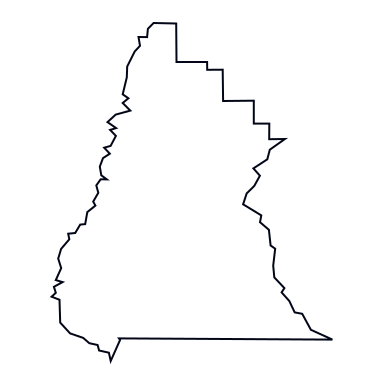 outline of Liberty, Florida, United States of America
{"feature_id": "52423323B55850003369586", "entity_name": "Liberty", "entity_type": "district", "adm_level": 2, "iso_a3": "USA", "parent_name": "United States of America", "parent_adm1": "Florida", "projection": "orthographic", "projection_center": [-84.918, 30.289], "detail": "fine", "context": "isolated", "style": "outline", "palette": "ink", "viewbox_px": 384, "rotation_deg": 0, "n_neighbors": 0, "source": "geoboundaries", "source_scale": "gbopen_adm2", "svg_char_len": 1130}
<svg xmlns="http://www.w3.org/2000/svg" viewBox="0 0 384 384"><path d="M284.9,139.0L269.2,139.2L269.3,123.6L253.8,123.6L253.8,100.7L223.1,101.0L222.7,69.7L207.2,69.8L207.1,62.0L176.5,62.0L176.2,23.5L153.6,23.0L147.9,28.8L147.1,37.1L138.5,37.0L140.0,45.8L134.7,51.5L127.2,66.5L126.8,77.4L122.7,94.3L128.4,98.3L122.7,103.0L130.3,110.6L115.7,114.6L107.5,122.1L116.1,128.1L110.1,129.9L115.9,135.9L110.6,145.9L104.2,147.7L109.8,153.7L103.0,158.1L99.8,166.6L101.3,175.3L106.8,179.4L100.7,179.3L96.3,185.4L98.3,192.8L93.2,201.6L95.4,205.6L87.3,212.1L85.2,224.1L80.2,224.6L75.2,233.0L68.2,233.7L69.3,239.3L61.1,248.9L58.2,258.6L61.2,268.1L55.8,280.1L62.6,282.1L53.9,286.8L55.8,292.8L51.6,296.7L59.5,299.8L60.2,322.6L70.1,333.4L83.2,337.9L89.3,343.2L97.6,345.0L99.1,350.5L108.9,352.7L110.7,361.0L120.1,339.9L119.0,338.4L332.4,339.6L310.9,329.8L302.2,313.8L294.7,312.4L289.3,301.0L281.6,292.4L284.4,288.1L274.3,277.4L273.2,265.6L275.2,248.7L270.6,245.5L268.9,229.8L260.0,222.2L261.3,215.4L243.1,204.3L246.7,193.4L254.3,185.9L259.9,175.7L253.4,168.4L267.3,159.3L269.8,149.7L284.9,139.0Z" fill="none" stroke="#020617" stroke-width="2"/></svg>